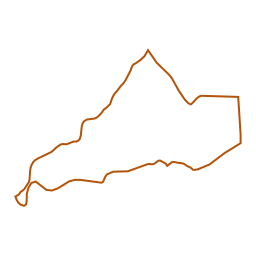 Dedza, Mercator projection
{"feature_id": "MWI-1907", "entity_name": "Dedza", "entity_type": "District", "adm_level": 1, "iso_a3": "MWI", "parent_name": "Malawi", "parent_adm1": "", "projection": "mercator", "projection_center": [34.115, -14.229], "detail": "fine", "context": "isolated", "style": "outline", "palette": "amber", "viewbox_px": 256, "rotation_deg": 0, "n_neighbors": 0, "source": "natural_earth", "source_scale": "10m", "svg_char_len": 1479}
<svg xmlns="http://www.w3.org/2000/svg" viewBox="0 0 256 256"><path d="M24.1,205.8L20.6,204.7L18.3,202.6L16.6,199.8L15.4,196.5L18.8,194.6L20.6,191.9L22.6,190.6L24.4,189.0L28.9,182.0L29.5,179.8L30.1,170.9L30.6,167.7L31.7,164.7L33.1,162.3L34.9,160.3L37.5,158.7L51.3,152.0L53.5,150.2L55.9,147.8L60.2,144.7L62.6,144.0L66.1,144.3L68.0,143.8L72.8,141.8L74.7,141.5L76.6,141.5L78.2,140.7L79.8,138.9L80.8,135.5L81.8,126.0L82.7,123.2L84.2,121.1L87.1,119.5L94.7,118.5L96.8,117.5L99.2,115.4L101.6,112.8L103.9,109.5L107.0,107.2L110.1,104.1L112.1,98.3L113.3,95.8L115.0,93.2L117.9,89.9L120.5,86.3L123.3,83.4L125.2,80.8L130.6,70.5L131.4,68.1L132.3,66.0L133.3,64.6L135.7,63.3L140.8,59.7L144.5,56.2L148.0,50.2L156.7,62.7L169.0,74.7L171.8,78.1L178.5,90.2L184.8,99.6L188.0,102.9L190.4,104.4L191.3,104.0L192.3,103.2L196.5,98.6L197.8,97.6L198.8,96.8L199.7,96.3L201.1,95.8L238.2,96.9L240.6,134.6L240.6,143.2L224.5,153.1L209.5,164.5L198.1,169.2L195.0,169.9L192.9,169.7L190.6,167.6L187.3,166.1L185.9,165.2L184.7,164.3L183.3,163.6L181.6,163.2L178.6,162.9L173.9,161.9L172.8,162.0L171.9,162.2L169.8,163.9L169.7,163.9L167.3,165.9L165.6,163.5L160.0,160.5L158.3,160.8L156.8,161.8L155.3,163.0L153.8,164.0L152.2,164.3L149.0,164.0L147.5,164.2L127.8,171.3L113.3,171.7L106.9,174.4L105.4,176.5L103.1,181.7L101.6,182.7L80.6,179.9L74.8,179.9L69.3,181.3L57.7,188.4L52.0,190.5L46.4,189.9L35.7,181.6L31.5,182.9L28.5,187.6L26.8,193.6L26.7,200.7L26.1,204.4L24.1,205.8Z" fill="none" stroke="#b45309" stroke-width="2"/></svg>